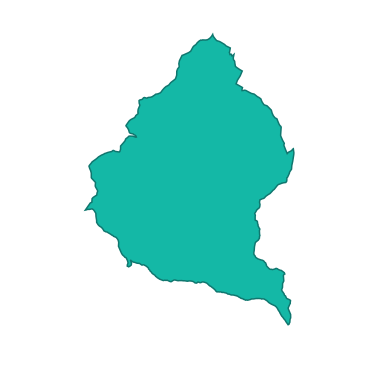 Ciocanesti, Suceava, Romania (Albers equal-area conic projection), rotated 258°
{"feature_id": "2599482B33637098668000", "entity_name": "Ciocanesti", "entity_type": "district", "adm_level": 2, "iso_a3": "ROU", "parent_name": "Romania", "parent_adm1": "Suceava", "projection": "albers", "projection_center": [25.216, 47.495], "detail": "fine", "context": "isolated", "style": "filled", "palette": "teal", "viewbox_px": 384, "rotation_deg": 258, "n_neighbors": 0, "source": "geoboundaries", "source_scale": "gbopen_adm2", "svg_char_len": 6028}
<svg xmlns="http://www.w3.org/2000/svg" viewBox="0 0 384 384"><g transform="rotate(258 192 192)"><path d="M193.6,294.1L197.1,295.1L201.1,296.9L207.4,299.3L209.1,299.8L213.2,300.1L212.8,299.1L211.9,298.3L211.4,296.8L210.8,294.5L209.8,293.1L214.0,292.3L218.4,291.6L219.3,291.8L219.9,292.2L220.4,292.4L223.6,291.4L228.5,290.4L229.9,290.7L236.9,292.7L237.8,292.5L238.7,291.8L240.5,291.2L244.3,290.5L245.5,290.4L246.0,290.2L247.3,288.6L249.7,287.4L252.4,286.8L255.6,286.6L256.7,285.9L260.6,283.4L261.1,282.7L261.7,281.6L262.1,280.9L262.7,280.4L264.9,279.5L266.2,279.1L268.8,278.7L270.8,276.9L271.5,275.9L274.1,273.8L274.9,273.1L276.0,270.7L278.2,268.0L280.2,265.7L280.7,264.3L280.6,263.4L280.8,262.0L281.9,262.2L283.7,263.1L288.6,257.6L291.9,259.7L295.6,263.3L299.9,266.3L301.6,264.4L304.2,261.9L305.8,260.6L309.2,260.7L310.8,260.9L311.4,260.8L312.7,260.1L314.5,260.2L317.8,261.6L316.8,259.9L316.9,259.2L318.5,259.1L318.6,257.7L319.6,257.8L320.6,257.5L321.7,258.1L324.9,259.4L327.9,255.6L329.5,254.6L332.3,251.6L333.5,250.2L334.9,247.7L336.3,246.8L339.4,245.4L341.1,245.0L341.8,245.0L340.1,243.4L338.7,241.4L338.1,240.0L337.7,238.7L337.8,237.0L338.6,233.8L338.4,233.3L338.4,233.0L338.8,232.2L338.3,230.7L338.0,230.0L336.8,228.0L336.1,227.3L335.2,226.2L334.9,225.2L334.3,224.0L333.6,223.1L330.0,220.0L329.1,217.9L327.8,211.9L327.7,210.7L323.0,207.0L320.2,205.8L317.5,205.6L316.8,205.2L315.4,203.5L313.3,202.2L309.4,201.3L306.3,199.5L305.8,198.8L305.3,197.8L303.4,193.9L301.5,191.6L300.9,189.9L300.6,188.6L299.5,186.6L297.8,184.3L296.0,182.3L295.6,181.6L295.1,179.2L295.2,176.7L294.5,175.5L293.9,173.8L293.5,173.0L293.3,171.0L293.6,168.8L293.2,167.6L293.3,167.0L294.3,165.2L294.3,164.6L294.1,164.0L293.0,162.7L292.8,159.8L292.4,159.2L289.8,158.8L287.9,159.0L287.3,158.8L284.2,156.6L282.6,156.0L282.2,156.0L281.4,155.6L280.6,155.9L280.3,155.8L279.7,155.3L278.5,153.0L276.9,151.6L276.6,151.0L275.7,147.6L275.2,146.4L274.5,145.2L270.8,141.3L270.5,141.2L269.4,141.5L268.9,142.0L266.1,142.9L263.3,143.1L262.7,143.4L262.1,144.1L261.8,144.7L261.1,146.4L259.9,147.4L259.7,147.9L258.3,148.9L257.3,149.0L257.3,148.4L258.9,145.7L259.8,142.1L258.8,140.4L258.6,140.1L258.0,138.7L257.5,138.0L256.5,137.5L255.7,136.8L251.8,131.7L248.6,131.0L246.6,129.8L246.3,129.4L246.3,129.0L247.7,125.3L248.9,124.0L249.0,123.6L249.0,123.2L248.3,121.9L248.2,117.8L247.9,116.1L247.8,114.5L247.3,113.3L246.9,111.1L245.8,107.9L244.4,105.5L242.2,100.5L241.5,99.8L239.5,97.3L238.7,96.6L236.3,96.8L233.9,97.3L231.4,97.4L227.0,96.5L226.5,96.6L221.4,99.6L218.5,98.7L217.3,98.6L213.2,99.9L212.2,99.8L210.8,98.9L208.8,98.2L207.3,94.3L206.3,92.9L202.8,91.9L202.4,90.2L196.5,83.9L196.5,84.9L196.7,86.3L196.3,88.2L196.3,90.7L195.5,91.6L194.5,92.3L191.2,93.5L187.9,93.0L184.1,92.8L182.1,92.4L179.6,93.3L178.0,94.3L176.2,96.1L175.5,96.5L173.9,97.3L173.1,97.6L172.6,97.6L172.3,97.8L170.9,99.5L170.6,100.5L169.5,101.6L167.6,103.7L166.6,104.5L166.0,105.5L165.0,106.0L163.6,108.1L163.0,108.6L161.3,109.4L159.9,109.8L157.9,109.8L154.2,108.8L148.6,109.9L146.4,110.4L144.9,111.0L143.1,112.3L142.1,112.8L141.6,113.6L141.0,114.0L138.3,114.6L135.9,114.7L134.0,113.5L132.8,113.3L132.7,113.5L132.7,113.9L132.0,114.4L132.2,115.5L133.1,117.3L134.1,117.8L135.1,118.0L138.4,117.6L136.8,118.7L135.7,119.9L135.2,121.1L133.8,123.4L133.0,125.9L131.3,127.4L130.9,127.9L131.0,129.1L130.7,129.8L129.1,131.7L126.9,133.5L125.8,133.5L124.4,134.4L123.2,134.7L122.3,135.5L121.3,135.8L120.2,136.5L118.4,138.3L117.9,138.6L117.0,138.9L116.5,139.5L115.3,140.3L114.2,141.6L113.7,141.9L111.4,145.4L111.3,146.0L111.4,146.8L111.4,147.2L110.9,148.1L110.9,149.3L109.0,151.9L108.6,152.8L108.7,153.5L109.2,154.6L109.5,155.6L109.6,156.4L109.5,156.9L109.3,157.4L108.4,159.2L108.1,160.0L108.0,161.0L107.5,163.5L107.0,164.9L106.7,166.3L105.7,168.9L105.6,170.9L105.0,172.9L104.1,174.7L102.5,176.0L102.0,177.3L102.0,177.8L102.6,178.8L102.6,179.1L102.4,179.8L101.7,180.8L101.5,181.6L101.6,182.2L101.9,183.4L101.6,184.5L100.8,186.0L99.9,187.4L99.3,187.9L96.6,189.7L95.8,190.8L93.9,192.3L93.6,192.7L91.1,194.4L90.2,194.7L89.1,195.6L88.9,197.0L88.5,198.1L88.3,199.5L87.6,200.3L87.4,200.8L87.5,201.4L86.4,203.6L86.0,204.6L84.6,206.0L84.4,207.1L83.2,208.8L83.0,209.4L82.7,210.9L81.5,213.3L81.4,213.9L80.9,214.3L80.8,214.8L79.1,216.4L78.7,217.1L77.9,217.7L77.6,218.3L77.3,218.8L77.1,219.5L76.5,219.9L76.1,220.4L76.0,220.9L75.1,221.8L75.1,222.7L74.6,223.9L74.6,224.4L74.7,226.9L75.0,227.9L74.6,230.1L74.5,232.5L73.9,235.5L73.3,237.4L72.8,237.9L72.8,239.0L72.4,240.1L71.8,240.9L69.7,243.0L68.0,244.0L65.9,246.2L63.5,249.4L62.3,250.4L60.5,251.3L57.9,252.0L56.9,252.6L55.7,252.8L52.1,253.9L50.2,255.0L49.2,255.3L47.1,256.5L45.7,256.9L42.2,258.4L42.4,259.3L43.0,259.6L44.2,260.6L47.0,261.4L48.3,262.3L49.1,262.5L51.7,263.0L57.6,261.9L58.5,261.9L61.6,264.1L62.7,265.0L63.8,265.2L65.2,265.8L65.6,265.7L66.5,264.8L68.2,262.5L69.0,262.2L70.8,261.9L71.8,261.0L72.5,260.9L73.3,260.9L76.6,259.5L77.6,259.3L79.9,260.7L83.7,261.6L85.9,263.3L91.2,264.0L91.9,264.5L92.4,265.1L92.5,265.7L93.9,265.5L96.7,263.1L97.3,261.7L98.5,260.1L99.1,259.6L99.6,258.9L99.8,258.2L99.4,256.6L99.4,254.5L99.9,253.6L100.1,252.5L100.4,252.0L101.5,251.2L103.9,249.7L104.7,249.5L105.4,249.6L107.5,249.2L108.0,248.6L109.5,247.9L110.5,246.9L111.2,245.4L112.9,242.6L114.7,240.8L116.6,240.3L117.9,239.6L119.7,239.8L122.2,240.8L125.4,241.7L129.1,243.3L129.8,244.1L131.2,246.9L132.7,248.3L134.2,248.7L135.5,249.4L136.5,249.3L140.2,249.9L141.2,250.5L142.0,250.6L142.7,250.2L145.2,249.6L146.5,249.8L147.3,249.6L149.4,249.8L150.5,249.3L151.1,248.1L151.7,248.0L155.0,248.7L156.0,249.1L158.0,248.9L159.6,250.5L161.0,251.6L161.2,252.2L161.7,252.7L162.0,253.7L162.6,254.5L163.3,255.1L165.5,255.9L168.0,255.9L170.2,256.8L170.8,259.5L170.8,260.5L171.1,261.5L172.4,263.2L173.4,265.4L174.3,268.0L176.1,270.6L176.7,271.3L177.5,273.0L180.9,277.1L181.4,278.2L181.7,280.8L182.0,281.6L181.9,282.5L182.0,283.3L181.8,285.7L182.6,286.7L183.8,287.2L186.1,287.7L186.5,288.4L186.8,288.7L190.0,291.1L190.9,291.4L191.8,292.2L193.6,294.1Z" fill="#14b8a6" stroke="#0f766e" stroke-width="1.5"/></g></svg>